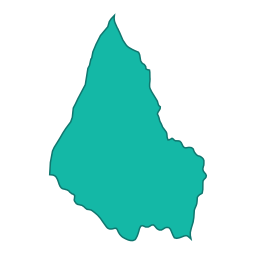 outline of Pachalum, Baja Verapaz, Guatemala
{"feature_id": "79465075B39093617577569", "entity_name": "Pachalum", "entity_type": "district", "adm_level": 2, "iso_a3": "GTM", "parent_name": "Guatemala", "parent_adm1": "Baja Verapaz", "projection": "equal_earth", "projection_center": [-90.648, 14.927], "detail": "fine", "context": "isolated", "style": "filled", "palette": "teal", "viewbox_px": 256, "rotation_deg": 0, "n_neighbors": 0, "source": "geoboundaries", "source_scale": "gbopen_adm2", "svg_char_len": 3025}
<svg xmlns="http://www.w3.org/2000/svg" viewBox="0 0 256 256"><path d="M114.4,15.4L112.7,17.2L111.1,18.9L109.3,21.6L107.8,26.8L100.5,35.5L96.1,44.2L92.9,51.9L91.7,58.1L90.9,59.1L89.5,65.4L87.9,68.4L85.3,84.7L77.9,98.7L75.5,103.8L73.3,108.0L72.3,117.4L70.7,121.9L65.8,128.5L63.0,132.8L60.6,137.0L58.6,140.3L54.2,147.4L52.5,151.1L50.4,162.4L49.7,174.7L50.8,174.8L52.2,174.9L53.6,175.2L54.7,175.8L55.8,176.6L57.1,178.7L57.8,180.3L58.5,182.3L59.2,184.4L60.1,186.4L61.3,187.9L62.3,188.6L63.6,189.0L64.8,189.2L66.0,189.6L67.1,189.9L68.7,190.8L69.9,192.2L72.1,193.9L73.5,194.3L74.7,195.6L74.5,198.1L74.2,200.0L74.6,201.2L76.3,203.6L77.7,204.4L79.3,204.7L80.8,205.1L81.9,205.3L84.1,206.8L85.4,208.1L87.0,209.3L89.3,209.6L91.0,210.0L92.2,210.7L94.8,212.7L96.1,213.8L97.7,215.2L100.4,218.3L102.6,221.5L104.8,224.6L106.4,226.8L107.5,228.0L109.3,228.9L111.0,229.0L112.2,228.9L113.2,228.7L114.5,228.3L116.1,228.3L117.2,229.4L118.2,231.7L118.8,232.8L119.6,234.1L120.6,235.3L121.8,236.5L123.0,237.4L125.6,238.8L127.9,239.8L129.1,240.2L130.5,240.5L132.4,240.6L133.4,240.4L135.1,239.6L135.8,238.7L137.2,236.0L138.0,233.8L138.5,232.2L138.9,230.9L139.2,229.6L139.6,228.3L140.7,226.2L142.0,225.7L143.0,225.8L144.6,226.5L145.7,227.0L148.2,227.0L149.7,226.3L151.5,225.1L153.5,224.9L155.0,226.3L155.7,227.2L156.9,228.6L158.1,229.4L159.4,230.0L161.4,230.0L162.9,229.2L164.1,228.4L165.3,227.7L167.0,227.4L169.0,227.7L170.4,229.2L171.2,231.0L172.2,233.4L173.1,235.5L174.4,237.8L176.6,238.3L178.9,237.9L180.5,237.4L183.1,236.4L184.1,236.0L186.1,235.6L187.5,236.0L188.4,236.7L189.5,237.6L191.0,239.0L190.3,235.4L190.3,232.4L190.6,231.0L191.3,228.1L193.1,222.1L193.8,217.7L193.9,216.4L194.3,210.2L194.8,208.7L195.5,207.1L196.4,204.9L196.8,203.4L197.0,201.9L197.2,199.3L197.3,197.4L198.2,196.0L199.6,194.7L201.2,193.8L202.2,193.1L202.8,189.5L202.9,182.7L203.1,180.7L204.3,179.1L205.2,178.3L206.0,177.2L206.3,175.6L205.7,174.1L204.3,172.4L203.3,171.0L202.8,169.0L203.3,166.6L203.8,165.1L203.9,163.1L203.9,160.6L203.3,159.1L202.4,158.0L201.0,156.9L199.7,156.2L198.2,155.9L196.5,154.8L195.6,153.7L194.4,152.1L193.7,150.5L193.3,149.1L192.2,148.1L191.2,147.6L189.6,147.4L188.6,147.4L185.6,147.9L184.2,147.5L183.0,146.2L181.2,142.6L179.8,141.2L178.5,140.9L176.4,140.8L175.4,140.8L174.2,140.1L173.2,139.0L172.0,138.3L170.9,139.0L169.2,139.8L168.0,139.9L167.1,137.2L167.0,135.4L166.7,133.2L166.2,132.0L165.5,131.0L163.5,128.3L162.7,127.3L162.0,125.6L161.4,124.2L160.8,123.0L159.9,121.3L159.3,119.2L159.0,117.8L158.3,115.9L157.4,114.1L157.8,112.6L160.1,108.8L160.3,106.8L158.7,105.5L158.0,103.5L157.5,101.6L157.0,100.5L151.6,91.7L149.9,88.2L149.6,86.5L149.6,84.0L149.9,81.1L150.0,79.0L149.9,77.5L149.8,72.1L149.5,70.1L147.3,69.6L146.0,68.9L145.7,66.5L144.3,64.5L143.2,63.9L142.1,63.1L140.7,61.0L140.1,57.5L139.7,55.0L139.0,53.2L138.4,52.2L135.1,50.8L132.2,49.4L128.7,47.4L127.1,46.1L125.9,44.7L122.9,40.2L119.4,32.1L118.5,30.3L117.9,28.9L117.2,27.8L115.1,23.0L114.5,21.3L114.3,19.9L114.1,17.9L114.4,15.4Z" fill="#14b8a6" stroke="#0f766e" stroke-width="1.5"/></svg>